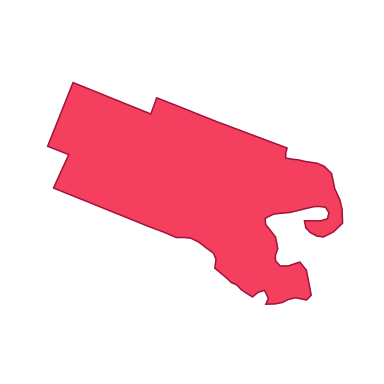 São Pedro do Butiá, Rio Grande do Sul, Brazil, rotated 292°
{"feature_id": "56859067B11574675673068", "entity_name": "São Pedro do Butiá", "entity_type": "district", "adm_level": 2, "iso_a3": "BRA", "parent_name": "Brazil", "parent_adm1": "Rio Grande do Sul", "projection": "albers", "projection_center": [-54.902, -28.124], "detail": "fine", "context": "isolated", "style": "filled", "palette": "rose", "viewbox_px": 384, "rotation_deg": 292, "n_neighbors": 0, "source": "geoboundaries", "source_scale": "gbopen_adm2", "svg_char_len": 1126}
<svg xmlns="http://www.w3.org/2000/svg" viewBox="0 0 384 384"><g transform="rotate(292 192 192)"><path d="M268.4,263.7L266.5,188.0L266.3,141.0L266.1,124.0L248.9,124.6L248.9,92.5L248.9,40.7L180.3,41.0L180.5,63.7L143.8,62.1L143.8,165.2L144.2,180.9L143.9,194.6L146.9,201.8L148.7,208.2L148.1,216.8L145.3,226.9L143.3,234.9L138.5,239.5L130.0,241.6L127.3,249.7L125.2,256.5L122.8,262.2L122.6,268.5L119.9,274.1L118.6,280.1L117.4,287.4L123.7,290.9L127.9,296.1L122.0,302.7L115.6,302.5L119.3,310.9L123.6,317.4L128.2,321.3L132.7,327.6L134.8,338.7L141.0,341.2L157.3,330.7L162.4,327.3L167.5,318.2L159.5,308.9L156.5,301.3L159.5,295.4L163.9,293.1L171.6,292.8L176.7,289.5L181.6,286.3L186.6,277.6L189.5,272.5L195.0,269.7L201.9,275.8L204.8,280.9L209.6,290.3L224.0,310.4L226.4,315.8L227.8,321.6L224.1,326.7L218.0,327.6L213.6,322.2L210.7,315.2L207.5,307.0L201.3,311.0L198.7,317.0L197.9,324.2L199.5,330.7L208.0,338.1L219.5,343.3L232.1,337.7L240.1,332.1L248.6,323.0L254.0,319.5L261.4,314.5L265.4,304.9L265.5,297.0L262.7,285.3L261.7,278.8L260.1,273.1L258.6,266.1L263.3,264.4L268.4,263.7Z" fill="#f43f5e" stroke="#9f1239" stroke-width="1.5"/></g></svg>